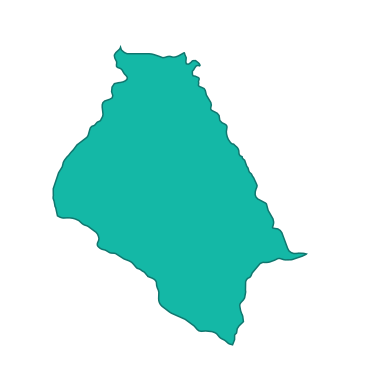 Corrientes, Natural Earth projection, rotated 294°
{"feature_id": "ARG-1308", "entity_name": "Corrientes", "entity_type": "Province", "adm_level": 1, "iso_a3": "ARG", "parent_name": "Argentina", "parent_adm1": "", "projection": "natural_earth1", "projection_center": [-57.567, -29.002], "detail": "fine", "context": "isolated", "style": "filled", "palette": "teal", "viewbox_px": 384, "rotation_deg": 294, "n_neighbors": 0, "source": "natural_earth", "source_scale": "10m", "svg_char_len": 4466}
<svg xmlns="http://www.w3.org/2000/svg" viewBox="0 0 384 384"><g transform="rotate(294 192 192)"><path d="M155.3,62.3L162.1,63.2L163.0,63.1L166.7,62.4L168.6,62.5L169.8,62.7L173.4,63.6L175.3,64.4L176.2,64.6L178.9,65.3L181.6,66.2L181.6,66.3L187.9,67.7L188.6,67.9L188.6,68.0L198.6,73.4L199.5,73.8L199.9,73.9L201.5,74.1L207.7,73.2L209.4,73.1L209.6,73.2L210.9,73.6L211.5,74.0L212.5,75.1L212.9,75.5L213.5,75.9L214.1,76.1L216.9,76.9L217.6,77.3L219.2,78.8L219.8,79.2L220.4,79.4L221.9,79.4L222.4,79.5L224.8,79.6L226.8,79.1L232.9,75.5L235.2,74.5L237.4,74.3L239.6,75.2L243.4,79.3L245.6,80.8L247.9,80.4L251.0,77.7L253.8,76.8L255.3,76.3L259.4,77.0L261.9,80.3L263.1,82.3L264.6,84.3L266.5,85.9L268.4,86.8L270.4,86.3L271.5,84.5L272.4,82.2L273.6,80.4L274.8,78.9L275.5,77.4L275.7,75.8L275.5,73.7L275.9,72.1L277.3,71.3L279.0,70.8L280.4,70.1L282.7,67.3L283.9,66.3L285.4,65.4L287.0,65.5L288.5,65.8L292.7,67.6L294.0,67.9L295.2,67.8L293.5,69.3L293.2,69.7L293.0,69.9L292.2,72.4L292.0,73.3L291.9,74.2L291.9,76.0L292.0,76.7L300.8,96.4L301.7,99.2L302.1,101.6L302.6,107.0L302.8,110.6L303.2,111.4L303.8,112.3L305.7,114.5L306.3,115.4L306.9,116.6L307.1,117.5L307.3,118.9L307.4,119.6L307.8,120.5L308.2,121.3L309.0,122.4L310.9,124.3L315.8,128.0L316.0,128.2L316.0,128.4L315.4,129.0L314.8,129.4L312.3,132.1L308.3,133.5L306.8,134.7L307.2,136.6L307.9,137.2L310.3,138.5L311.2,138.7L312.0,139.1L312.6,139.9L313.5,141.8L312.6,145.3L312.2,146.3L311.6,147.2L310.9,147.8L310.3,147.6L310.1,146.1L309.1,144.7L306.9,144.1L304.3,143.8L302.5,143.2L299.7,144.5L298.6,145.6L298.9,147.1L299.1,147.7L299.1,151.2L299.0,151.7L298.8,152.1L298.3,152.5L297.7,152.7L295.7,152.9L294.1,153.9L292.1,154.4L291.5,155.4L291.4,156.8L291.5,158.1L291.4,161.0L290.2,162.8L286.4,165.7L281.4,172.8L279.3,174.3L276.4,174.9L275.2,175.5L274.6,176.7L274.2,183.0L272.9,185.6L268.7,188.3L267.5,191.2L267.4,194.2L267.2,195.7L266.4,197.0L265.4,197.6L261.2,198.8L259.0,200.0L256.8,201.7L254.8,203.8L253.2,206.4L252.7,207.4L252.4,208.4L252.3,209.5L252.7,210.5L252.1,212.0L251.1,215.1L250.4,216.3L249.4,217.4L248.6,218.0L246.4,219.2L245.9,219.6L245.4,220.0L245.1,220.6L244.7,221.2L244.6,222.0L244.7,222.8L244.6,223.5L243.6,224.1L243.1,224.9L242.8,225.8L242.6,226.6L242.4,227.2L237.6,231.7L237.2,232.7L236.7,233.4L234.3,235.4L233.4,236.5L232.6,239.0L230.8,241.1L230.5,241.9L230.0,242.6L225.5,247.7L224.4,248.8L223.1,249.2L220.5,249.3L217.9,249.7L215.2,250.8L213.5,252.4L212.4,254.9L211.8,263.6L211.4,264.8L206.1,269.1L200.4,276.9L197.8,278.8L196.5,279.3L193.9,279.8L192.6,279.8L192.0,280.5L192.3,282.2L193.2,285.4L192.7,288.3L191.4,290.6L179.4,302.3L177.7,304.5L177.0,307.1L177.2,310.0L178.6,312.9L179.5,314.3L180.8,317.5L181.4,319.1L181.9,321.7L181.4,321.5L178.2,318.8L171.0,311.0L170.4,310.1L168.0,305.0L167.5,303.3L167.1,299.9L166.9,298.9L166.1,297.5L163.3,295.2L159.7,291.5L158.4,289.6L157.5,287.8L156.9,286.3L156.8,285.8L156.2,285.0L154.3,283.3L142.5,279.9L139.6,280.0L138.3,279.8L137.6,279.5L137.3,279.3L135.9,278.1L135.2,277.8L134.4,277.6L133.5,277.4L131.8,277.5L124.0,280.8L122.9,281.5L121.8,281.9L116.7,283.1L116.2,283.1L114.3,282.8L110.8,281.6L108.9,281.4L107.9,281.7L106.5,282.5L103.2,284.8L100.8,287.1L100.3,287.8L99.1,288.9L94.5,291.7L88.7,289.4L85.5,288.9L81.4,290.0L80.9,289.9L79.3,289.2L79.0,289.2L78.8,289.2L78.5,289.2L74.6,290.9L73.8,291.0L68.9,291.2L68.4,288.0L68.5,286.7L69.7,282.9L69.9,281.6L70.0,278.7L70.2,277.4L70.6,276.1L72.4,272.5L72.7,271.2L72.8,269.8L72.6,267.1L70.6,261.0L68.5,257.1L68.0,254.8L68.5,252.7L70.4,248.7L70.7,247.6L72.9,237.6L72.9,222.4L73.3,219.9L75.4,211.1L76.3,209.0L77.6,207.3L79.2,205.9L81.0,204.9L86.9,202.5L88.7,201.1L90.3,199.3L92.1,197.8L95.0,196.2L95.8,195.4L96.8,193.5L97.1,191.0L96.9,186.0L97.2,185.9L97.7,184.5L99.0,182.0L99.5,180.6L99.6,178.8L100.2,176.2L100.2,175.5L100.2,174.8L100.1,174.2L100.0,172.9L100.4,171.7L102.7,166.9L103.2,165.5L103.4,164.1L103.5,162.7L103.2,157.0L104.7,147.3L104.5,146.1L103.3,142.8L103.1,141.4L103.6,137.2L103.6,135.9L103.1,133.2L103.1,131.8L103.3,130.5L103.7,129.2L104.2,128.0L105.0,127.1L106.1,126.6L107.3,126.4L109.8,126.4L111.7,125.9L113.5,124.5L115.1,122.8L116.2,120.7L116.9,117.4L118.3,111.3L118.4,109.8L118.1,107.1L118.2,105.7L118.5,104.3L119.8,100.6L119.9,99.2L119.9,96.4L119.5,93.7L118.7,91.0L117.7,88.6L116.0,85.3L115.6,84.1L115.4,82.8L115.3,81.4L115.5,78.8L115.9,78.5L122.3,73.8L122.7,73.3L122.9,72.9L127.5,69.8L129.6,67.8L130.4,67.4L132.1,66.8L132.8,66.7L133.1,66.4L138.6,63.9L155.3,62.3Z" fill="#14b8a6" stroke="#0f766e" stroke-width="1.5"/></g></svg>